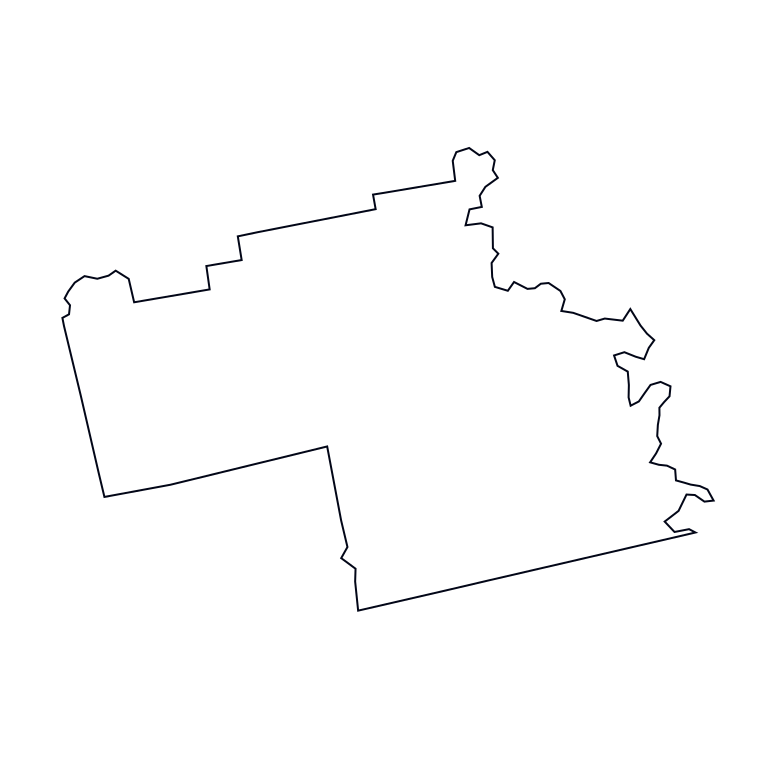 outline of Casca, Rio Grande do Sul, Brazil, rotated 351°
{"feature_id": "56859067B91025012286636", "entity_name": "Casca", "entity_type": "district", "adm_level": 2, "iso_a3": "BRA", "parent_name": "Brazil", "parent_adm1": "Rio Grande do Sul", "projection": "albers", "projection_center": [-51.925, -28.591], "detail": "fine", "context": "isolated", "style": "outline", "palette": "ink", "viewbox_px": 768, "rotation_deg": 351, "n_neighbors": 0, "source": "geoboundaries", "source_scale": "gbopen_adm2", "svg_char_len": 1524}
<svg xmlns="http://www.w3.org/2000/svg" viewBox="0 0 768 768"><g transform="rotate(351 384 384)"><path d="M657.8,383.0L651.6,375.4L646.5,366.4L639.0,348.5L629.7,358.8L612.3,353.9L603.8,355.0L582.0,343.3L570.6,339.6L575.8,328.6L572.8,319.7L562.4,310.0L554.6,309.5L548.0,313.0L540.6,312.5L528.4,303.6L520.9,311.3L508.7,305.4L507.6,295.2L509.2,281.3L517.3,273.2L512.8,267.0L515.8,246.3L505.0,240.5L489.4,240.0L495.8,224.9L508.3,224.4L507.9,213.1L515.0,205.1L528.7,198.2L524.9,189.8L528.4,180.3L522.5,170.9L513.9,172.9L505.0,164.2L491.7,166.3L486.8,174.3L486.1,194.5L413.5,195.2L402.8,195.2L403.1,210.0L283.2,214.3L262.7,215.3L262.8,239.3L227.0,239.7L226.6,263.3L150.0,264.2L148.3,240.2L136.7,230.1L128.9,233.9L117.3,235.2L105.1,230.6L94.4,235.5L86.6,243.3L81.9,249.5L86.2,257.1L83.8,265.9L76.7,268.4L77.0,276.5L82.7,348.2L88.3,427.4L90.2,451.8L157.3,450.1L318.1,436.8L320.3,511.9L322.4,539.3L314.5,549.3L327.0,562.0L324.6,574.6L323.0,603.8L415.2,597.4L456.1,594.4L668.4,579.4L662.6,575.1L647.8,575.6L639.7,563.8L655.1,555.4L665.5,540.5L673.7,542.3L682.1,550.3L691.3,550.7L687.0,538.8L679.9,534.2L671.1,531.3L664.8,528.3L657.3,524.9L658.2,514.0L650.7,508.9L642.9,506.8L634.6,503.0L641.9,495.1L648.3,486.3L645.7,478.2L648.1,467.2L651.2,458.0L652.3,450.5L657.8,445.7L664.1,440.8L666.6,431.1L657.5,425.2L647.1,426.6L639.8,434.0L633.0,441.1L624.2,444.0L623.5,435.5L625.7,423.3L626.7,409.9L617.5,402.6L615.7,391.8L626.4,390.2L636.8,396.4L644.8,400.2L651.2,389.7L657.8,383.0Z" fill="none" stroke="#020617" stroke-width="2"/></g></svg>